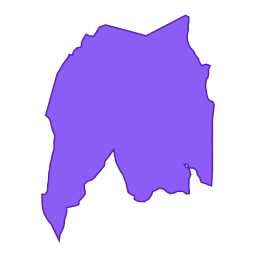 the district of João Neiva, Espírito Santo, Brazil
{"feature_id": "56859067B35561068674393", "entity_name": "João Neiva", "entity_type": "district", "adm_level": 2, "iso_a3": "BRA", "parent_name": "Brazil", "parent_adm1": "Espírito Santo", "projection": "natural_earth1", "projection_center": [-40.439, -19.726], "detail": "fine", "context": "isolated", "style": "filled", "palette": "violet", "viewbox_px": 256, "rotation_deg": 0, "n_neighbors": 0, "source": "geoboundaries", "source_scale": "gbopen_adm2", "svg_char_len": 1994}
<svg xmlns="http://www.w3.org/2000/svg" viewBox="0 0 256 256"><path d="M210.2,65.6L206.0,64.2L201.8,65.6L199.3,62.1L198.3,58.6L195.7,55.4L193.6,51.2L190.7,48.3L188.8,45.1L187.6,41.2L187.1,38.1L187.4,34.2L188.2,29.8L188.2,25.2L188.8,21.2L188.8,17.1L185.5,15.4L146.0,35.9L129.1,31.2L105.4,24.9L101.7,26.4L99.1,27.4L96.8,31.5L93.8,36.2L89.4,36.0L86.1,34.2L83.2,39.1L81.5,42.7L81.4,46.9L77.0,47.9L73.9,51.0L72.2,55.3L69.4,54.5L67.6,58.3L64.5,62.0L62.3,65.4L60.8,68.1L59.2,70.8L57.3,73.6L45.7,115.4L48.6,117.7L50.6,121.4L51.4,126.1L53.0,131.1L55.0,136.0L54.0,141.9L54.3,148.3L52.9,152.9L51.9,156.8L51.3,160.1L50.1,164.8L49.7,169.2L48.9,173.1L48.7,177.5L48.4,181.6L47.7,185.5L47.5,191.3L45.0,194.3L41.8,194.4L42.1,198.1L42.2,203.5L42.8,208.5L44.1,213.3L46.7,218.4L48.9,221.4L51.1,223.9L59.2,240.6L59.9,234.8L61.9,230.9L63.5,227.2L64.2,223.9L64.5,219.9L65.8,215.7L66.6,211.8L66.6,207.7L69.8,207.0L72.6,206.2L75.6,205.8L78.7,204.5L79.0,201.1L81.2,198.9L83.1,196.8L85.0,194.5L85.1,190.9L84.2,187.7L84.4,184.1L87.5,181.2L92.1,179.7L95.0,177.0L96.9,174.6L99.3,172.0L101.5,169.0L104.4,165.8L104.8,161.4L106.8,158.9L109.0,156.3L111.2,152.9L113.9,149.5L114.3,153.1L115.2,158.0L116.6,163.5L118.9,167.9L120.6,171.4L122.4,173.6L123.8,176.8L124.9,180.0L126.1,182.8L126.9,186.8L128.2,192.3L131.2,194.6L134.1,195.3L134.5,199.5L138.0,201.1L141.2,201.6L144.5,201.6L148.7,199.1L151.5,195.0L152.7,191.3L155.6,190.4L159.3,188.2L163.5,188.9L166.6,191.7L170.2,193.6L173.9,193.0L177.4,191.4L182.6,191.2L186.6,194.0L189.4,193.5L188.8,187.2L188.9,179.6L190.7,174.5L189.9,171.2L188.8,167.8L193.4,168.1L196.5,170.4L197.3,174.3L199.7,177.7L201.2,182.2L205.8,183.6L208.3,184.7L211.5,185.8L212.4,169.3L212.4,160.9L212.3,147.9L212.4,132.2L212.4,124.3L212.4,119.0L214.2,104.6L212.6,101.5L209.9,100.9L207.7,98.3L206.9,95.1L206.4,91.5L205.6,87.8L205.6,84.5L206.3,80.0L208.0,76.9L208.6,73.0L208.5,69.2L210.2,65.6ZM188.8,167.8L186.2,167.4L184.4,164.3L187.5,164.6L188.8,167.8Z" fill="#8b5cf6" stroke="#5b21b6" stroke-width="1.5"/></svg>